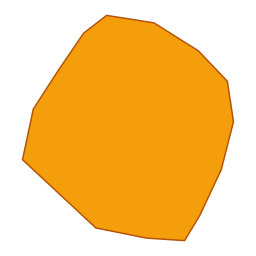 the Unitary Authority of Derby
{"feature_id": "GBR-2058", "entity_name": "Derby", "entity_type": "Unitary Authority", "adm_level": 1, "iso_a3": "GBR", "parent_name": "United Kingdom", "parent_adm1": "", "projection": "mercator", "projection_center": [-1.464, 52.89], "detail": "fine", "context": "isolated", "style": "filled", "palette": "amber", "viewbox_px": 256, "rotation_deg": 0, "n_neighbors": 0, "source": "natural_earth", "source_scale": "10m", "svg_char_len": 300}
<svg xmlns="http://www.w3.org/2000/svg" viewBox="0 0 256 256"><path d="M106.6,15.4L154.0,22.9L198.3,50.8L227.3,81.2L233.5,121.7L221.2,169.8L199.8,215.4L184.6,240.6L146.4,238.1L95.9,228.0L22.5,159.7L33.3,109.1L57.8,71.1L83.7,33.1L106.6,15.4Z" fill="#f59e0b" stroke="#b45309" stroke-width="1.5"/></svg>